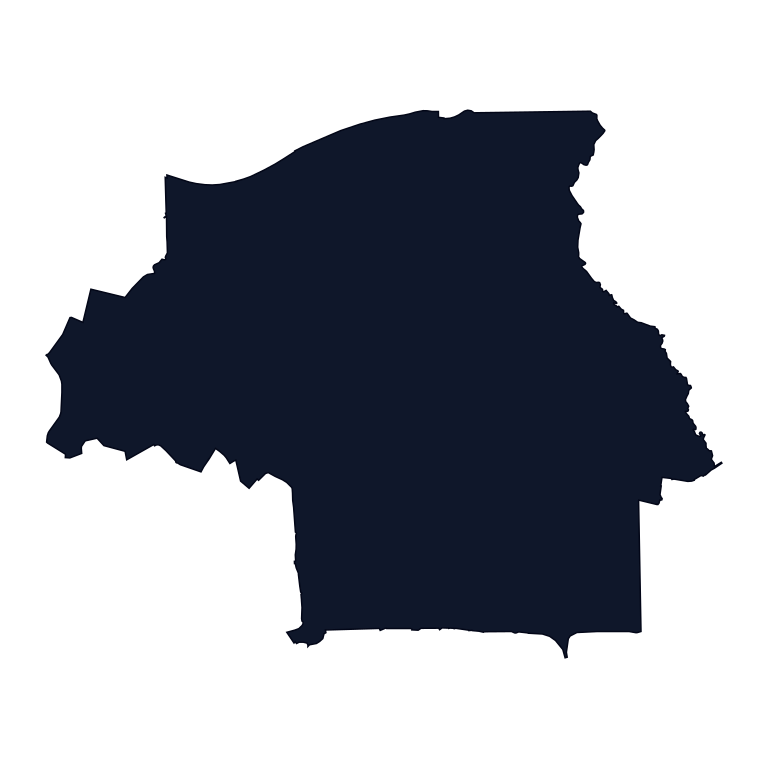 outline of Eindhoven, Noord-Brabant, Netherlands
{"feature_id": "6326949B83457760015598", "entity_name": "Eindhoven", "entity_type": "district", "adm_level": 2, "iso_a3": "NLD", "parent_name": "Netherlands", "parent_adm1": "Noord-Brabant", "projection": "orthographic", "projection_center": [5.479, 51.449], "detail": "fine", "context": "isolated", "style": "filled", "palette": "ink", "viewbox_px": 768, "rotation_deg": 0, "n_neighbors": 0, "source": "geoboundaries", "source_scale": "gbopen_adm2", "svg_char_len": 6062}
<svg xmlns="http://www.w3.org/2000/svg" viewBox="0 0 768 768"><path d="M166.9,175.0L167.0,178.0L165.2,177.3L166.2,212.8L165.5,213.2L166.3,215.8L164.1,217.5L164.3,217.8L166.5,216.4L166.7,236.7L167.1,242.0L167.4,252.9L165.7,256.1L165.3,257.3L165.8,258.6L165.6,259.4L164.3,259.8L162.0,259.2L159.1,262.7L154.5,264.8L153.4,266.1L153.1,267.3L153.4,268.7L154.5,271.2L154.6,273.4L147.4,274.5L143.4,276.9L132.2,288.4L125.1,297.5L90.9,289.2L82.9,322.4L71.4,317.4L70.0,317.6L62.7,334.5L49.7,352.4L48.1,354.2L47.0,354.5L46.1,355.2L48.0,357.1L50.8,363.4L51.8,365.1L59.1,374.8L61.4,381.0L61.9,384.2L61.9,392.5L61.0,411.7L60.6,413.7L59.3,417.1L49.4,430.9L48.3,432.7L47.3,435.8L46.6,442.1L47.5,443.0L65.0,453.9L65.5,454.5L65.3,457.6L69.9,457.9L81.7,453.4L81.3,448.3L81.5,446.4L84.9,441.3L85.5,440.8L97.1,438.2L103.9,445.6L125.1,451.3L126.7,459.8L153.8,444.5L154.5,445.8L156.8,444.8L158.7,444.9L160.7,445.8L166.0,450.7L175.7,461.0L175.7,461.9L176.4,462.8L177.6,463.0L180.3,464.7L201.0,471.9L203.7,466.8L207.8,460.8L207.6,460.6L208.7,459.1L208.8,459.4L209.2,458.8L215.5,448.4L219.8,451.5L224.1,455.2L226.2,457.7L229.9,463.5L233.5,461.2L235.8,460.1L240.6,481.1L249.1,488.3L257.1,479.0L258.6,480.3L265.6,473.4L268.3,472.6L275.2,476.4L282.4,479.7L286.7,482.4L291.7,487.4L292.2,488.7L292.5,493.0L292.7,500.4L293.6,507.3L295.4,532.1L296.3,532.7L296.4,534.2L296.0,534.4L296.0,535.7L295.8,535.7L295.7,536.6L296.2,544.3L296.1,549.2L295.3,554.8L295.6,560.4L295.4,561.2L294.4,561.3L294.5,563.6L295.3,563.7L296.2,567.8L298.4,573.2L298.4,574.4L299.8,586.2L300.7,592.1L301.6,592.8L301.7,593.6L301.0,594.3L301.5,600.0L301.5,600.6L302.0,607.6L301.6,618.7L302.0,621.1L302.9,621.8L303.1,622.7L302.9,624.1L302.0,625.6L298.9,628.6L294.9,630.1L286.8,632.3L294.0,643.0L295.1,641.5L296.5,643.5L299.2,642.2L303.3,642.2L307.0,643.1L307.9,644.9L307.9,646.5L309.5,644.8L316.4,643.5L319.6,641.5L322.8,638.6L324.0,633.8L325.9,632.7L325.4,630.0L379.3,628.4L380.2,630.4L385.4,628.2L386.4,628.2L386.6,628.5L410.7,628.5L412.1,629.3L411.9,629.9L418.2,630.2L421.0,628.3L438.8,628.2L439.6,629.7L442.1,627.9L448.5,628.1L448.6,628.4L450.0,628.1L454.1,628.3L454.2,628.7L455.8,628.3L468.8,630.2L468.9,630.6L471.9,630.3L472.2,630.6L478.9,631.2L483.4,632.2L483.6,631.9L486.2,631.7L511.5,631.5L514.6,632.9L515.9,633.0L518.7,631.9L527.7,632.9L528.1,633.2L542.4,634.0L549.6,636.3L555.5,640.5L562.8,649.5L565.1,657.8L567.2,657.2L566.4,652.3L568.3,638.8L570.1,636.0L576.9,632.5L597.4,631.5L629.0,631.5L636.0,632.7L637.3,632.6L641.0,631.5L638.6,500.8L638.7,500.1L656.8,504.5L656.9,504.2L657.9,504.5L659.0,503.2L659.8,500.1L660.5,500.2L661.9,499.8L662.1,498.4L661.6,498.3L660.0,494.6L661.2,486.0L660.7,486.0L662.0,477.4L671.1,478.4L672.0,479.5L672.4,479.2L674.7,479.2L687.8,481.4L691.7,481.1L694.9,480.0L694.6,480.0L694.3,479.5L701.0,475.5L703.4,476.1L705.3,474.4L705.6,474.9L711.2,470.0L714.5,468.2L721.9,463.2L721.3,462.3L714.4,466.6L714.1,463.1L711.5,459.6L711.5,458.6L712.6,455.7L711.4,450.9L709.2,450.7L707.6,449.1L706.3,448.2L706.0,445.4L706.0,443.2L703.3,439.6L703.3,439.0L703.8,437.4L704.9,435.2L704.9,434.7L704.4,434.5L703.4,434.9L702.4,434.7L702.5,433.8L702.1,432.9L701.3,432.2L700.5,432.1L700.0,432.3L699.4,433.4L700.6,435.6L700.6,436.3L699.7,436.5L697.6,435.8L696.0,435.0L695.5,434.4L694.3,431.3L693.2,430.0L693.1,429.6L693.5,429.2L695.4,429.6L695.9,429.2L696.0,427.6L695.7,426.4L693.1,423.2L692.6,420.5L691.9,419.7L689.5,418.6L688.8,416.2L686.8,414.0L685.3,411.8L685.5,411.3L687.7,411.3L688.3,410.5L688.4,409.3L687.6,408.6L688.7,406.2L687.3,403.6L685.8,401.8L685.4,399.7L686.9,396.2L688.3,393.6L688.8,390.2L691.3,388.0L691.3,387.4L690.5,385.5L688.7,385.4L687.5,384.6L686.5,378.5L685.9,377.4L684.5,377.4L682.8,376.8L682.1,376.1L681.1,374.2L680.3,373.5L677.1,373.9L677.2,373.2L678.2,371.6L678.0,370.9L675.7,369.7L673.5,366.9L672.1,367.2L671.2,366.9L670.8,366.2L670.4,364.4L670.6,361.5L667.1,358.0L666.4,353.3L665.1,351.3L665.3,349.6L664.2,349.0L661.6,348.6L660.8,347.9L660.5,347.1L660.6,345.2L662.1,343.2L662.8,341.0L662.5,339.4L661.7,337.8L664.2,336.3L664.5,335.7L664.5,335.3L661.8,334.8L660.1,335.6L659.3,335.2L658.6,334.1L658.4,331.3L658.2,330.7L657.4,329.3L655.2,328.3L654.9,326.7L650.2,326.1L641.2,322.7L637.7,322.3L634.0,319.8L630.5,318.0L627.1,313.3L626.3,313.2L624.8,313.8L623.9,313.6L623.7,313.1L623.5,310.3L621.3,309.2L618.8,306.3L617.2,307.1L616.6,306.0L614.7,305.0L613.9,304.2L613.6,303.4L613.7,302.8L616.2,303.5L616.7,303.3L616.7,302.8L615.8,301.7L613.6,300.4L612.3,297.4L611.8,294.9L611.3,294.7L609.3,295.4L609.1,294.3L608.8,293.6L606.1,290.4L603.7,291.8L602.6,291.5L602.7,290.3L602.4,289.2L600.1,287.5L600.0,286.8L600.4,284.6L599.6,282.6L598.7,282.3L596.2,282.5L594.3,281.6L591.5,278.3L586.6,271.5L583.0,268.4L581.8,266.9L581.7,266.3L582.0,265.8L585.0,264.4L585.6,263.2L585.2,262.5L579.6,258.5L578.5,256.6L578.7,255.0L578.7,252.7L577.7,247.2L578.0,240.1L580.1,227.6L581.0,223.8L580.3,222.6L578.7,220.9L577.3,217.1L577.6,215.3L577.9,214.6L578.6,214.2L582.0,213.9L583.5,212.5L583.6,211.2L583.4,210.4L581.7,208.9L580.4,206.7L578.6,205.1L577.4,203.5L572.0,195.6L569.5,190.8L569.2,189.7L569.0,187.5L569.4,186.4L569.9,186.1L571.8,186.2L572.9,185.7L574.4,182.4L576.8,180.0L578.2,177.6L578.9,172.9L578.1,170.0L577.8,167.8L578.5,165.5L579.5,163.2L580.4,162.7L581.1,162.7L584.0,164.7L586.1,165.2L587.1,165.0L587.6,164.5L588.3,162.5L589.9,159.8L590.2,156.9L590.5,156.3L593.3,154.9L593.3,154.4L593.8,152.1L594.1,149.7L593.8,144.5L595.7,140.6L598.2,138.4L601.9,134.6L603.1,133.3L604.8,130.8L604.7,130.1L602.5,128.1L600.1,125.2L597.7,121.0L596.8,118.8L596.9,115.4L596.5,114.5L592.3,112.9L590.4,111.2L474.1,112.8L471.2,110.8L467.7,110.2L464.4,111.1L458.8,114.9L454.6,116.9L450.1,118.2L445.4,118.6L444.0,118.6L444.0,118.0L438.5,117.3L438.4,111.5L432.1,111.5L427.4,110.8L423.1,110.7L415.2,112.2L409.6,113.9L404.1,115.1L389.9,117.1L374.9,120.1L360.1,124.1L340.7,130.6L303.1,146.7L294.8,150.9L295.1,151.5L283.7,158.8L275.1,164.1L264.0,170.1L250.5,176.6L243.5,179.1L236.1,181.2L236.3,181.5L219.9,184.5L212.2,185.0L204.9,184.7L196.2,183.6L189.3,182.1L166.9,175.0Z" fill="#0f172a" stroke="#020617" stroke-width="1.5"/></svg>